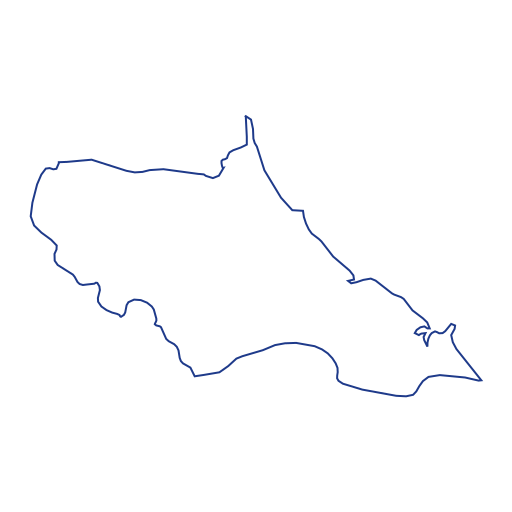 SVG path tracing the border of Ha Tinh
{"feature_id": "VNM-474", "entity_name": "Ha Tinh", "entity_type": "Province", "adm_level": 1, "iso_a3": "VNM", "parent_name": "Vietnam", "parent_adm1": "", "projection": "mercator", "projection_center": [105.781, 18.334], "detail": "fine", "context": "isolated", "style": "outline", "palette": "blue", "viewbox_px": 512, "rotation_deg": 0, "n_neighbors": 0, "source": "natural_earth", "source_scale": "10m", "svg_char_len": 2337}
<svg xmlns="http://www.w3.org/2000/svg" viewBox="0 0 512 512"><path d="M53.3,169.3L56.4,168.8L58.8,163.3L58.8,162.2L66.9,161.9L91.6,159.7L126.4,170.8L134.8,172.4L142.5,171.9L149.7,170.1L163.4,169.2L198.2,173.9L199.8,174.0L203.8,174.4L205.9,175.9L212.9,178.1L218.9,175.7L223.6,167.8L222.8,168.0L222.0,165.9L221.5,163.1L221.5,161.0L222.8,159.7L225.0,159.2L227.0,158.1L227.9,155.4L229.5,152.4L233.3,150.2L240.8,147.5L246.8,144.6L246.8,136.8L245.8,116.8L245.1,115.7L251.0,119.6L253.0,129.0L253.4,138.6L254.7,143.0L256.9,146.6L264.4,170.3L281.0,197.7L292.3,210.2L303.0,210.8L303.9,217.0L306.0,223.5L308.8,229.4L311.8,233.6L319.0,239.1L321.4,241.4L333.2,256.6L349.6,270.6L353.4,275.4L354.0,279.5L348.1,280.9L351.2,283.3L356.5,282.2L363.3,279.9L370.8,278.6L375.6,280.6L392.0,293.4L394.2,294.6L401.0,297.1L403.7,298.9L412.5,310.4L422.9,318.3L427.2,322.4L429.7,328.4L427.4,328.4L424.4,326.4L420.4,327.3L416.7,329.9L414.8,333.1L418.9,335.1L420.3,334.1L421.4,333.6L425.5,333.1L423.6,337.0L424.2,340.1L427.4,346.6L427.5,342.5L428.4,338.6L429.9,335.3L431.7,333.1L435.0,331.4L437.0,332.1L439.2,333.3L442.6,333.1L445.2,331.2L451.2,323.9L455.1,325.5L454.6,328.9L451.2,335.1L452.8,342.2L456.4,349.0L481.3,380.3L478.6,380.6L465.1,377.5L439.8,375.1L428.5,376.9L422.9,381.1L419.4,386.0L416.3,391.4L413.1,394.8L406.1,396.3L396.2,395.8L362.3,389.6L342.9,383.7L338.5,380.8L337.1,378.3L337.2,375.5L337.7,372.2L337.5,367.9L335.7,363.4L332.4,358.3L327.8,353.4L322.0,349.4L314.7,346.2L296.1,342.9L284.9,343.3L275.0,345.1L262.8,350.2L242.4,356.2L236.4,358.6L228.2,366.1L219.4,372.3L204.0,374.9L194.7,376.3L190.4,367.6L183.0,363.4L180.9,361.1L179.7,357.9L178.5,350.4L176.8,346.8L174.2,344.2L168.7,341.2L166.2,338.9L161.0,327.2L159.8,326.3L156.2,325.4L154.8,324.2L155.0,323.5L155.7,322.2L156.4,320.5L156.3,318.5L153.8,309.5L151.8,306.5L147.1,302.7L140.8,300.1L134.1,299.6L128.4,302.2L126.6,305.2L125.2,312.5L123.9,314.9L121.0,316.8L120.2,316.4L119.5,315.0L117.1,313.9L112.2,312.6L106.5,310.1L101.4,306.5L98.1,301.7L97.9,298.0L99.9,290.1L99.4,286.4L97.3,282.9L95.9,282.7L94.3,283.7L86.1,284.6L82.9,285.0L79.6,284.0L77.5,282.0L74.7,276.9L72.9,274.6L57.7,265.0L54.7,260.7L54.5,253.9L56.5,249.5L56.7,245.5L51.2,239.8L41.4,232.6L34.1,225.5L30.7,216.3L32.4,202.7L37.1,184.4L41.3,174.6L45.8,168.6L49.6,168.1L53.3,169.3Z" fill="none" stroke="#1e3a8a" stroke-width="2"/></svg>